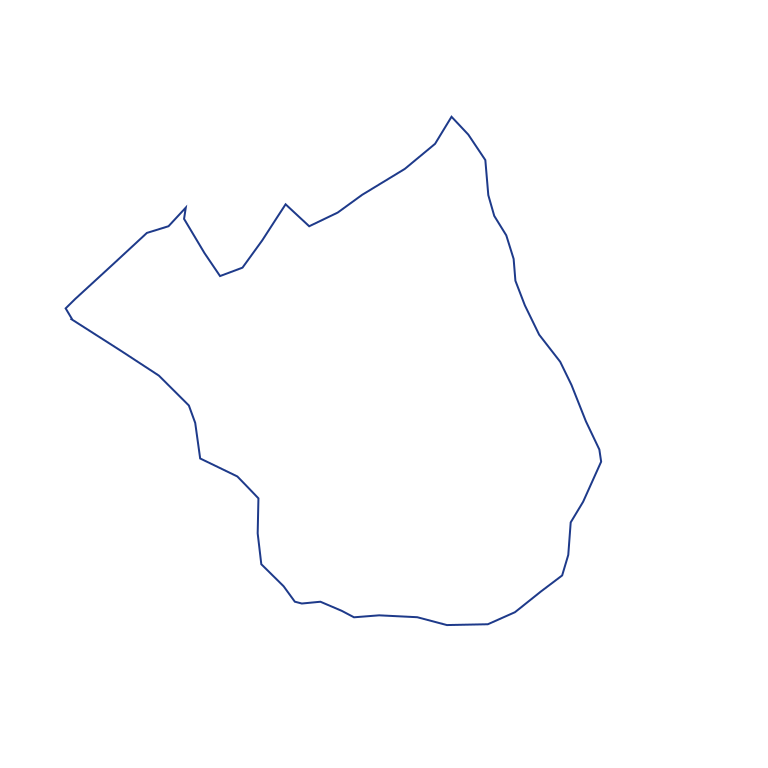 Trachoni Lemesou, Cyprus (Equal Earth projection), rotated 54°
{"feature_id": "46923920B27703418530208", "entity_name": "Trachoni Lemesou", "entity_type": "district", "adm_level": 2, "iso_a3": "CYP", "parent_name": "Cyprus", "parent_adm1": "", "projection": "equal_earth", "projection_center": [32.957, 34.656], "detail": "fine", "context": "isolated", "style": "outline", "palette": "blue", "viewbox_px": 768, "rotation_deg": 54, "n_neighbors": 0, "source": "geoboundaries", "source_scale": "gbopen_adm2", "svg_char_len": 921}
<svg xmlns="http://www.w3.org/2000/svg" viewBox="0 0 768 768"><g transform="rotate(54 384 384)"><path d="M147.8,598.8L202.3,577.4L244.9,561.2L286.7,554.5L304.5,559.6L336.2,576.5L372.6,557.0L387.3,554.9L402.7,552.8L430.6,574.0L457.7,589.2L488.6,584.1L507.7,584.1L513.3,579.5L522.8,563.4L542.9,551.4L555.1,545.4L568.3,523.9L592.2,494.2L616.0,474.8L639.4,441.2L645.6,412.2L645.1,401.0L644.1,379.2L643.6,352.4L630.6,335.4L605.7,314.3L596.3,292.1L574.5,254.0L563.6,248.3L532.9,242.6L495.0,232.9L469.6,228.4L435.3,229.5L403.1,223.8L377.7,217.0L359.0,205.6L335.6,197.7L312.8,196.0L292.5,188.6L262.4,170.4L231.8,169.2L207.5,172.3L219.7,201.5L222.2,240.7L218.1,290.5L218.1,320.7L212.4,351.8L180.8,358.0L186.5,372.9L196.2,398.0L206.7,430.1L200.3,453.2L172.7,452.3L132.9,448.7L124.8,440.7L129.7,465.6L122.4,487.0L128.0,534.1L133.7,583.9L135.7,597.1L147.7,598.2L147.8,598.8Z" fill="none" stroke="#1e3a8a" stroke-width="2"/></g></svg>